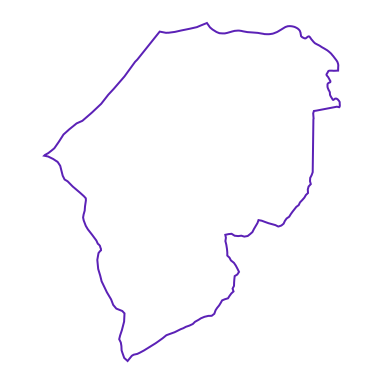 Cho-Airong, Narathiwat, Thailand (orthographic projection)
{"feature_id": "78962969B3053888418312", "entity_name": "Cho-Airong", "entity_type": "district", "adm_level": 2, "iso_a3": "THA", "parent_name": "Thailand", "parent_adm1": "Narathiwat", "projection": "orthographic", "projection_center": [101.876, 6.214], "detail": "fine", "context": "isolated", "style": "outline", "palette": "violet", "viewbox_px": 384, "rotation_deg": 0, "n_neighbors": 0, "source": "geoboundaries", "source_scale": "gbopen_adm2", "svg_char_len": 4979}
<svg xmlns="http://www.w3.org/2000/svg" viewBox="0 0 384 384"><path d="M127.6,361.0L131.8,355.8L133.5,354.8L133.7,354.7L137.3,353.9L140.0,352.6L144.1,350.4L145.7,349.4L155.7,343.2L162.6,338.3L166.4,335.2L174.7,332.2L177.5,330.8L180.7,329.2L183.3,328.2L185.9,326.8L189.4,325.6L192.8,324.0L195.0,321.8L198.6,319.8L200.9,318.3L204.5,316.8L208.3,315.9L211.7,315.8L214.3,313.8L215.6,310.2L217.2,307.8L219.1,305.5L220.7,302.9L222.1,300.4L224.7,299.3L228.0,298.3L229.6,295.8L231.3,293.5L233.0,291.9L233.5,291.5L232.6,288.6L234.0,285.9L234.1,282.6L234.3,279.6L234.7,276.1L237.3,274.5L239.0,271.9L237.4,268.6L235.8,265.6L233.9,262.8L230.9,260.4L229.5,257.7L227.3,255.6L227.3,252.5L227.0,249.1L226.3,244.7L225.4,241.1L225.9,237.8L225.3,234.8L228.6,234.1L231.6,233.8L234.6,235.7L238.2,236.1L241.3,235.7L244.3,236.6L247.7,236.0L250.0,234.2L252.4,232.1L253.9,229.1L255.9,225.7L257.5,223.0L258.5,220.1L261.7,220.7L264.9,221.9L268.5,223.2L271.8,224.1L275.4,225.1L278.2,226.5L279.1,226.3L281.4,225.5L283.6,223.7L284.9,220.9L286.6,218.5L289.2,216.7L290.8,214.1L292.6,211.6L294.5,209.2L296.3,206.9L298.7,205.1L300.0,202.4L302.3,200.0L304.4,197.6L305.9,195.0L308.0,193.0L307.8,189.4L308.6,186.5L310.8,184.1L310.0,181.2L310.2,177.9L311.6,175.2L312.7,172.2L313.4,119.1L313.6,118.7L313.4,116.2L313.2,113.3L313.9,111.0L316.5,110.6L336.9,106.7L339.2,107.2L339.4,107.0L339.5,106.9L339.6,106.6L339.7,106.4L339.7,106.2L339.8,105.7L339.8,104.9L339.7,103.4L339.7,102.4L339.6,102.1L339.6,101.9L339.5,101.7L339.3,101.4L339.0,100.9L338.2,100.0L337.9,99.6L337.6,99.3L337.4,99.2L337.1,99.0L336.9,98.9L336.6,98.7L336.4,98.7L336.0,98.6L335.7,98.6L335.3,98.6L335.2,98.6L334.9,98.8L334.5,99.1L334.2,99.3L333.5,99.8L333.4,99.9L333.2,99.9L332.9,99.8L332.7,99.6L332.3,98.9L332.0,98.5L331.9,98.3L331.7,97.9L331.3,97.3L330.7,96.3L330.3,95.5L330.1,95.0L330.0,94.8L330.0,94.7L330.0,94.4L329.9,93.5L329.9,93.1L329.9,92.7L329.8,92.4L329.7,92.1L329.7,91.9L329.5,91.6L329.2,90.9L328.6,90.0L328.6,89.8L328.3,89.2L328.1,88.7L327.8,88.0L327.7,87.6L327.6,87.3L327.6,87.2L327.5,86.8L327.5,86.6L327.5,86.0L327.5,85.1L327.5,84.4L327.6,84.1L327.7,83.9L327.8,83.6L328.0,83.4L328.4,83.1L328.5,83.0L329.9,82.3L330.2,82.2L330.3,82.0L330.3,81.9L330.4,81.4L330.4,81.2L330.2,80.8L330.2,80.7L329.8,80.1L328.9,78.4L328.3,77.4L328.2,77.1L327.3,76.1L327.0,75.7L326.7,75.3L326.7,75.2L326.6,74.8L326.5,74.7L326.5,74.4L326.6,74.2L326.8,73.8L326.9,73.6L327.4,72.9L327.7,72.4L328.1,71.5L328.3,71.2L328.5,71.0L328.7,70.9L328.8,70.9L329.0,70.8L329.4,70.7L331.6,70.7L332.4,70.7L333.7,70.8L336.1,70.7L338.1,70.6L338.2,66.9L338.3,65.3L338.2,64.9L338.2,64.4L338.0,63.7L337.5,62.1L337.1,61.4L336.6,60.6L336.1,59.9L334.8,58.2L333.2,56.1L332.4,55.2L331.1,53.6L329.1,51.8L327.6,50.6L327.2,50.3L324.4,48.6L323.7,48.2L321.9,47.2L320.4,46.2L319.8,45.8L318.9,45.3L318.3,45.0L317.3,44.5L315.8,43.7L315.1,43.3L314.9,43.2L314.4,42.7L313.4,41.7L312.0,40.0L311.8,39.8L311.7,39.7L311.3,39.2L310.5,38.0L309.7,36.9L309.4,36.7L309.2,36.5L309.0,36.4L308.8,36.4L308.6,36.4L308.3,36.5L308.2,36.5L307.9,36.7L307.5,36.9L306.6,37.7L306.0,38.1L305.8,38.2L305.7,38.3L305.4,38.3L305.1,38.4L304.8,38.3L304.5,38.3L304.2,38.2L303.8,38.0L303.4,37.8L303.1,37.7L302.9,37.6L302.4,37.2L302.2,37.2L301.6,36.7L301.4,36.5L301.2,36.3L301.1,36.2L301.0,35.7L300.9,35.1L300.6,33.5L300.5,32.6L300.4,32.5L300.3,32.1L299.9,31.0L299.7,30.6L298.9,29.6L298.0,28.8L297.6,28.5L297.1,28.2L296.6,27.9L296.4,27.8L295.0,27.1L294.6,27.0L294.2,26.8L292.4,26.4L291.8,26.3L290.9,26.2L290.7,26.2L290.0,26.1L289.9,26.1L288.4,26.2L288.1,26.2L287.5,26.3L287.0,26.5L286.0,26.8L285.7,26.9L285.5,27.0L285.3,27.1L284.9,27.3L283.1,28.4L281.0,29.7L280.8,29.8L278.3,31.3L277.3,31.9L276.1,32.4L274.8,32.9L274.4,33.1L272.9,33.6L272.1,33.8L271.7,33.8L270.8,34.0L269.7,34.1L269.2,34.2L268.2,34.2L267.1,34.2L264.6,34.1L263.2,33.8L260.1,33.3L258.0,32.9L253.0,32.5L247.4,32.1L243.0,31.3L241.3,30.9L240.5,30.8L239.1,30.6L238.9,30.6L237.8,30.6L235.5,30.8L235.0,30.8L234.5,30.9L231.7,31.6L231.1,31.8L228.6,32.5L227.2,32.9L224.8,33.4L224.3,33.4L223.5,33.4L222.6,33.4L219.4,33.2L216.5,32.0L212.5,29.5L210.0,27.4L206.9,23.0L201.0,25.4L197.9,26.7L197.0,27.1L190.0,28.7L181.1,30.5L174.9,31.9L168.8,32.7L165.9,32.8L159.7,31.6L137.3,59.6L135.1,61.8L124.5,76.4L113.7,88.9L108.3,94.7L101.2,103.8L92.0,112.5L82.4,120.8L76.6,123.4L69.3,129.3L63.5,134.5L58.7,142.0L54.3,148.3L51.4,150.7L48.3,153.1L44.9,155.0L44.2,155.7L48.1,156.5L53.2,159.0L57.7,162.0L60.2,165.8L62.7,175.7L64.6,179.5L67.6,181.3L72.7,186.5L80.0,192.7L83.9,196.2L85.8,198.3L85.9,200.4L85.0,206.5L84.7,210.6L83.6,214.5L83.1,217.5L83.7,220.4L85.8,225.9L87.9,229.4L92.2,234.9L96.4,240.6L97.8,243.7L99.1,244.8L100.0,246.0L100.4,247.6L100.9,248.7L101.0,250.3L100.3,250.9L99.8,251.4L98.5,253.1L97.3,259.9L98.2,269.0L100.2,275.6L101.6,281.3L106.9,292.3L111.1,299.4L113.2,304.9L116.3,308.6L122.3,311.0L124.5,313.4L124.1,321.6L121.9,330.1L120.1,335.5L119.2,339.2L120.8,342.5L121.4,346.0L121.6,350.4L122.4,352.8L124.2,357.9L127.6,361.0Z" fill="none" stroke="#5b21b6" stroke-width="2"/></svg>